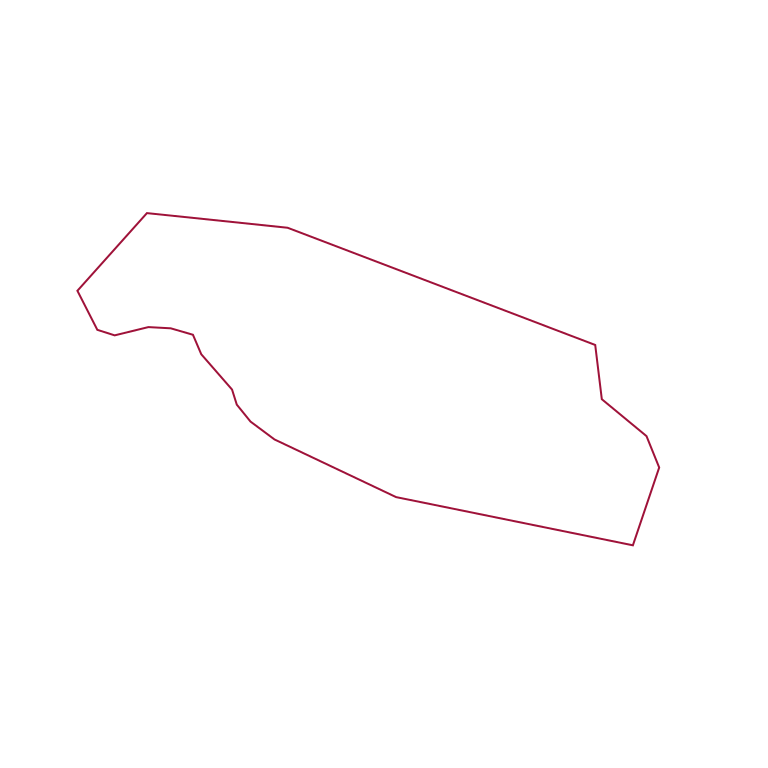 the border of Hajdina, rotated 141°
{"feature_id": "SVN-227", "entity_name": "Hajdina", "entity_type": "Municipality", "adm_level": 1, "iso_a3": "SVN", "parent_name": "Slovenia", "parent_adm1": "", "projection": "orthographic", "projection_center": [15.843, 46.418], "detail": "fine", "context": "isolated", "style": "outline", "palette": "rose", "viewbox_px": 768, "rotation_deg": 141, "n_neighbors": 0, "source": "natural_earth", "source_scale": "10m", "svg_char_len": 406}
<svg xmlns="http://www.w3.org/2000/svg" viewBox="0 0 768 768"><g transform="rotate(141 384 384)"><path d="M195.3,281.4L224.3,235.1L212.8,178.3L222.7,145.9L292.1,102.0L445.8,288.5L504.0,409.8L511.4,438.8L511.4,460.6L505.6,475.3L507.3,522.1L501.5,542.5L514.7,561.5L531.3,576.5L562.7,591.3L572.7,606.5L563.6,649.4L460.7,666.0L360.6,566.1L195.3,281.4Z" fill="none" stroke="#9f1239" stroke-width="2"/></g></svg>